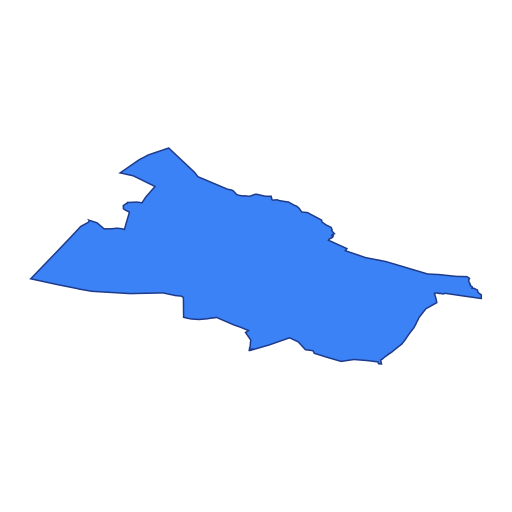 outline of Hemsedal nor, Buskerud, Norway
{"feature_id": "86288312B18183247868673", "entity_name": "Hemsedal nor", "entity_type": "district", "adm_level": 2, "iso_a3": "NOR", "parent_name": "Norway", "parent_adm1": "Buskerud", "projection": "robinson", "projection_center": [8.592, 60.928], "detail": "fine", "context": "isolated", "style": "filled", "palette": "blue", "viewbox_px": 512, "rotation_deg": 0, "n_neighbors": 0, "source": "geoboundaries", "source_scale": "gbopen_adm2", "svg_char_len": 5082}
<svg xmlns="http://www.w3.org/2000/svg" viewBox="0 0 512 512"><path d="M481.3,298.5L481.3,294.8L478.8,293.1L478.0,292.2L477.9,292.0L477.7,291.0L477.6,290.8L477.5,290.2L477.4,290.0L477.0,289.8L475.9,289.3L475.6,289.2L475.3,289.0L475.0,288.9L474.5,288.5L474.3,288.4L473.8,288.3L473.1,288.3L472.2,288.3L471.9,288.2L472.2,287.6L472.3,287.2L472.2,286.9L472.0,286.6L471.8,286.5L471.3,286.2L470.5,285.8L470.2,285.6L470.2,285.4L470.3,285.2L470.4,284.8L470.4,284.6L469.9,283.9L469.8,283.7L469.7,283.0L469.6,282.8L469.4,282.5L469.0,281.9L468.7,281.4L468.6,281.2L468.9,280.2L468.9,279.8L468.8,279.7L469.0,279.3L469.3,278.9L469.5,278.5L469.5,278.4L469.3,278.2L469.1,278.1L468.5,277.8L468.3,277.6L468.2,277.5L467.8,277.2L466.7,276.6L466.1,276.6L464.7,276.6L461.1,276.5L456.4,276.4L450.3,275.8L448.2,275.5L446.5,275.4L444.0,275.1L438.3,274.5L435.1,274.4L427.6,274.0L385.6,261.5L365.5,257.6L345.3,250.7L346.5,249.2L346.9,248.6L345.1,247.8L342.3,246.5L337.4,244.3L328.4,240.2L328.5,240.0L328.6,239.8L328.7,239.6L328.8,239.5L328.8,239.4L329.1,239.3L329.1,239.2L329.4,239.0L329.8,238.8L330.1,238.6L330.4,238.4L330.5,238.4L330.9,238.4L331.1,238.3L331.2,238.2L331.3,238.1L331.4,237.9L331.5,237.9L331.8,237.7L331.9,237.4L332.0,237.4L332.3,237.3L332.4,237.2L332.5,237.2L332.7,236.9L332.8,236.8L333.0,236.7L332.9,236.5L332.7,236.4L332.8,236.3L332.9,236.2L333.0,236.1L333.1,235.9L332.9,235.9L332.7,235.8L332.6,235.7L332.4,235.5L332.3,235.4L332.2,235.4L331.8,235.3L331.7,235.2L331.8,235.0L332.3,234.9L332.3,234.7L332.6,234.6L333.0,234.4L333.3,234.3L333.4,234.2L333.5,234.2L334.1,233.8L334.4,233.7L331.6,230.6L332.1,229.8L331.5,228.4L331.1,227.4L328.5,226.1L326.6,225.2L324.9,224.1L322.7,222.6L322.0,222.1L321.8,221.4L321.8,220.8L321.6,220.1L316.9,217.6L313.7,215.9L309.9,213.9L307.6,212.6L301.7,212.0L299.1,208.3L296.7,206.2L293.9,205.1L293.6,204.9L292.0,204.0L290.3,203.1L288.5,202.0L286.7,201.8L283.1,201.2L280.3,200.8L278.3,200.3L277.4,199.8L274.5,200.0L274.0,200.0L272.8,200.1L272.2,199.8L271.8,199.4L271.6,198.6L271.7,198.1L271.7,197.9L271.3,197.4L271.2,196.7L271.2,196.3L268.0,196.3L265.6,196.3L256.4,194.2L255.9,194.2L254.8,194.4L249.9,196.2L248.9,196.2L248.5,196.3L245.3,195.8L244.2,195.9L243.4,195.9L241.8,195.8L238.9,195.3L237.9,195.0L236.7,194.6L233.8,191.4L233.5,191.1L231.9,190.1L231.1,189.9L230.7,189.8L227.7,189.3L197.9,176.7L194.6,172.4L168.7,148.0L148.6,154.8L139.2,159.7L120.1,172.9L133.2,175.8L155.0,186.5L145.7,197.1L145.5,197.5L142.0,202.8L137.7,202.2L136.5,202.1L127.3,202.5L127.2,202.8L127.2,203.4L126.7,203.5L125.4,204.1L123.3,205.6L123.3,206.2L123.4,207.7L123.4,208.7L125.5,210.2L125.9,210.4L128.7,211.7L129.4,212.0L129.3,212.5L128.4,215.8L127.6,218.4L127.2,219.8L126.4,222.4L126.0,223.8L124.4,229.5L123.0,229.0L122.5,228.8L117.0,228.2L112.3,228.7L110.3,228.8L106.0,228.8L104.2,228.9L97.0,222.8L88.9,220.2L89.1,220.5L89.0,221.2L88.7,221.7L88.0,222.5L80.8,226.4L78.9,228.4L74.5,233.1L73.5,234.2L70.1,237.8L65.5,242.6L57.5,251.0L30.7,278.8L57.4,284.6L77.9,288.7L78.7,289.0L91.9,291.3L130.3,293.6L162.9,292.9L175.7,295.6L181.3,296.1L183.4,297.5L183.6,317.3L188.2,318.4L191.6,319.0L199.1,319.5L207.1,318.8L210.0,318.3L210.9,318.1L211.1,318.1L211.3,318.1L211.6,318.1L211.8,318.0L212.1,318.0L212.3,318.1L212.7,318.0L212.8,318.0L213.0,317.9L213.6,317.9L213.7,317.7L213.8,317.7L214.0,317.7L214.2,317.8L214.3,317.8L214.6,317.8L214.8,317.8L215.0,317.7L215.3,317.7L215.6,317.6L215.8,317.6L216.0,317.5L216.2,317.4L216.3,317.4L216.5,317.4L234.3,325.1L240.2,327.1L248.5,330.5L245.5,332.5L250.0,338.9L250.3,339.5L250.7,340.0L250.8,340.6L250.6,341.4L250.5,342.0L250.1,347.0L249.6,347.6L249.6,348.5L249.5,348.8L249.4,349.4L249.9,349.3L250.8,349.3L251.5,349.1L252.1,349.0L251.7,349.7L250.6,349.5L249.9,349.5L249.6,349.7L249.5,349.9L249.3,350.1L249.1,350.3L249.2,350.5L249.6,350.6L269.0,345.0L289.6,337.8L298.3,341.9L305.4,349.7L313.0,350.7L314.3,353.3L327.7,357.5L341.1,361.4L354.0,359.5L367.7,360.6L377.9,361.9L378.5,363.7L381.5,364.0L380.7,360.2L381.2,359.6L381.6,359.4L382.0,359.3L384.5,357.2L384.8,356.9L385.6,356.4L386.3,355.9L388.5,354.3L388.3,354.1L389.3,353.4L389.7,353.5L390.3,353.1L392.1,351.8L392.3,351.7L392.8,351.3L393.5,350.6L395.4,349.1L398.4,346.7L399.1,346.1L399.5,345.9L400.6,345.0L401.7,344.1L402.1,343.8L402.5,343.1L403.1,342.4L403.4,342.1L403.6,341.8L404.6,340.5L405.0,340.0L405.0,339.8L405.3,339.5L405.8,338.9L406.2,338.2L406.4,337.9L407.8,335.8L408.7,334.5L409.3,333.7L409.5,333.4L409.7,333.1L410.1,332.6L411.5,330.8L413.9,327.8L414.9,325.8L415.4,325.0L416.0,323.8L416.9,321.7L417.8,320.2L418.7,318.3L419.0,317.6L420.3,315.9L422.9,312.5L423.2,312.2L423.5,311.7L424.0,311.1L424.6,310.5L425.8,308.8L436.8,302.6L436.6,301.6L436.3,300.2L436.1,299.1L435.5,296.9L434.4,293.4L434.7,293.3L435.0,293.2L435.4,293.1L436.0,293.0L436.5,293.0L436.8,293.0L437.2,293.0L437.3,293.1L437.5,293.2L437.8,293.1L438.0,293.0L438.3,293.0L438.7,293.3L439.8,293.6L440.2,293.5L440.7,293.5L441.3,293.5L441.5,293.5L441.8,293.6L442.2,293.8L442.6,293.9L443.0,293.9L443.4,293.9L443.5,293.8L443.9,293.7L444.7,293.4L445.1,293.3L464.2,296.1L481.3,298.5Z" fill="#3b82f6" stroke="#1e3a8a" stroke-width="1.5"/></svg>